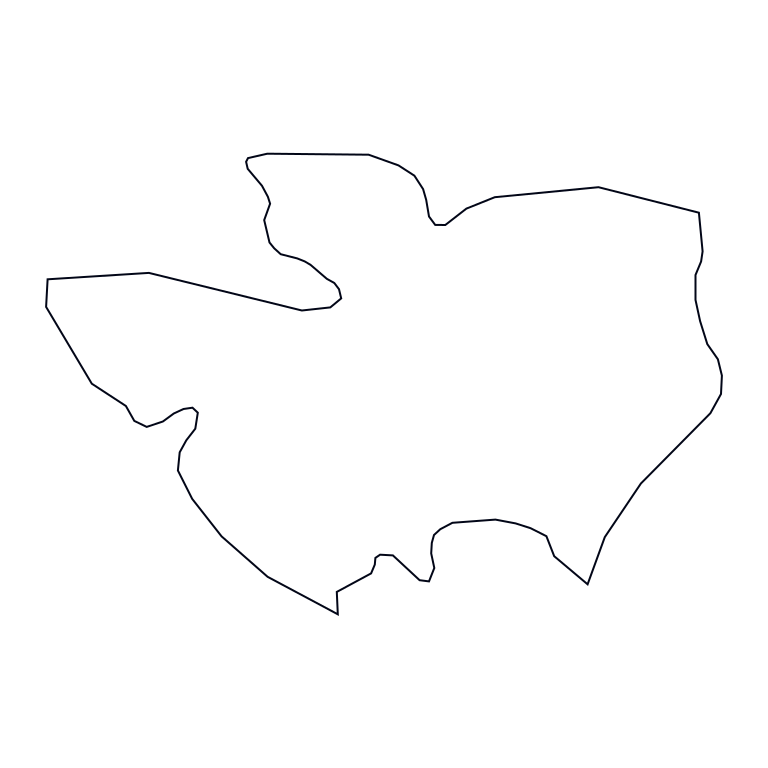 SVG path tracing the border of Sevnica
{"feature_id": "SVN-988", "entity_name": "Sevnica", "entity_type": "Municipality", "adm_level": 1, "iso_a3": "SVN", "parent_name": "Slovenia", "parent_adm1": "", "projection": "mercator", "projection_center": [15.262, 46.004], "detail": "fine", "context": "isolated", "style": "outline", "palette": "ink", "viewbox_px": 768, "rotation_deg": 0, "n_neighbors": 0, "source": "natural_earth", "source_scale": "10m", "svg_char_len": 1144}
<svg xmlns="http://www.w3.org/2000/svg" viewBox="0 0 768 768"><path d="M598.5,187.2L698.9,212.7L702.6,251.4L701.1,261.5L695.5,275.0L695.5,299.9L700.1,321.1L707.3,344.1L717.9,359.3L721.9,375.6L721.0,394.0L710.4,413.2L640.9,483.5L604.8,537.1L587.6,584.3L554.2,556.2L546.4,536.2L530.6,528.2L515.6,523.4L495.4,519.6L452.4,522.8L440.3,529.2L434.0,535.0L431.8,542.9L431.2,553.4L434.3,568.0L429.0,581.4L419.6,580.2L392.9,555.4L380.1,554.7L375.4,557.9L374.8,564.6L371.1,573.4L336.8,591.9L337.8,614.3L267.6,576.8L221.6,536.4L192.2,498.9L177.9,470.5L179.7,452.3L186.3,440.3L195.3,428.7L197.8,412.7L192.5,407.7L183.5,409.0L173.8,413.5L162.9,421.5L146.7,426.9L134.3,420.9L125.9,406.0L91.8,383.7L46.1,306.9L47.6,279.3L148.9,272.9L301.9,310.5L330.3,307.4L341.2,298.4L339.0,289.2L334.3,283.0L326.8,278.8L310.6,264.9L304.7,261.4L297.2,258.4L280.7,254.2L274.2,248.3L269.5,242.5L264.2,220.1L270.1,203.7L267.9,196.8L262.0,185.8L247.7,168.8L246.1,161.8L248.0,158.1L267.3,153.7L368.6,154.7L398.5,165.4L414.4,175.7L423.1,189.1L426.2,199.9L429.0,216.5L435.2,224.9L445.3,225.0L466.4,208.6L494.8,197.2L598.5,187.2Z" fill="none" stroke="#020617" stroke-width="2"/></svg>